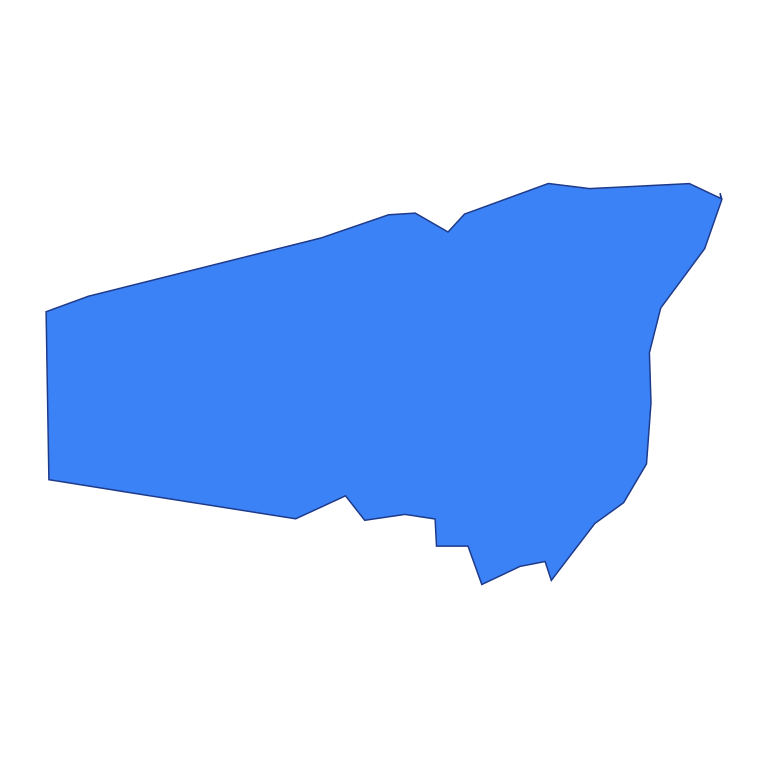 Snyder, Pennsylvania, United States of America (Equal Earth projection)
{"feature_id": "52423323B53636040247578", "entity_name": "Snyder", "entity_type": "district", "adm_level": 2, "iso_a3": "USA", "parent_name": "United States of America", "parent_adm1": "Pennsylvania", "projection": "equal_earth", "projection_center": [-77.0, 40.762], "detail": "fine", "context": "isolated", "style": "filled", "palette": "blue", "viewbox_px": 768, "rotation_deg": 0, "n_neighbors": 0, "source": "geoboundaries", "source_scale": "gbopen_adm2", "svg_char_len": 537}
<svg xmlns="http://www.w3.org/2000/svg" viewBox="0 0 768 768"><path d="M551.3,580.4L594.8,523.5L623.6,502.7L646.5,463.9L651.0,402.8L649.4,352.7L660.7,308.0L704.7,248.6L721.9,199.4L720.1,193.1L720.9,198.5L689.4,183.6L589.6,188.6L548.3,183.5L464.5,214.1L448.0,232.0L415.2,213.1L388.5,214.8L321.2,237.9L88.5,296.2L46.1,311.7L48.9,479.7L129.0,492.5L295.7,518.8L345.5,495.8L364.7,520.3L404.9,514.4L435.1,519.0L436.5,546.1L468.0,546.1L481.8,584.5L520.0,566.4L545.1,561.5L551.3,580.4Z" fill="#3b82f6" stroke="#1e3a8a" stroke-width="1.5"/></svg>